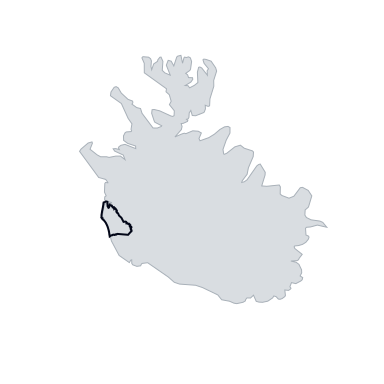 Rangárþing eystra, Suðurland, Iceland shown in context, rotated 55°
{"feature_id": "244011B21062297179388", "entity_name": "Rangárþing eystra", "entity_type": "district", "adm_level": 2, "iso_a3": "ISL", "parent_name": "Iceland", "parent_adm1": "Suðurland", "projection": "orthographic", "projection_center": [-19.715, 63.654], "detail": "fine", "context": "in_parent", "style": "outline", "palette": "ink", "viewbox_px": 384, "rotation_deg": 55, "n_neighbors": 0, "source": "geoboundaries", "source_scale": "gbopen_adm2", "svg_char_len": 7401}
<svg xmlns="http://www.w3.org/2000/svg" viewBox="0 0 384 384"><g transform="rotate(55 192 192)"><path d="M275.7,112.8L278.6,112.9L283.0,110.5L289.2,103.9L291.9,102.3L298.2,101.8L291.0,108.3L288.6,115.0L286.6,118.4L286.8,119.8L292.6,123.3L295.1,121.8L296.3,122.2L297.5,124.0L298.5,127.6L298.3,131.5L297.0,135.4L295.1,138.8L295.5,139.8L297.3,140.2L306.3,137.5L307.7,142.1L308.6,143.6L308.5,145.2L305.3,150.6L309.3,147.0L312.6,145.9L318.6,146.9L321.1,148.5L322.8,151.6L325.6,150.4L327.1,152.1L327.3,154.0L326.6,159.5L323.3,162.5L325.8,166.2L327.6,166.1L328.0,167.0L328.0,169.3L325.5,172.2L330.3,174.8L330.9,175.9L331.0,179.3L330.4,181.4L329.2,182.7L326.0,183.1L324.1,184.6L325.0,186.7L324.9,192.5L322.8,197.5L320.6,200.3L318.4,202.1L311.8,200.8L312.4,204.9L310.3,207.7L310.9,209.8L311.8,210.8L311.6,213.5L309.1,219.4L307.1,221.4L303.0,223.9L297.3,229.5L291.1,229.9L276.3,238.2L270.5,242.5L260.3,255.0L255.8,258.3L248.0,260.2L224.5,268.9L222.0,273.6L221.9,274.6L223.0,276.4L221.3,279.8L217.7,282.3L216.0,282.3L213.0,280.3L212.7,281.3L213.9,283.8L202.2,288.1L185.9,286.1L171.5,280.4L160.1,279.2L152.1,271.0L152.0,269.8L152.8,267.3L155.7,266.4L154.4,263.9L149.5,268.1L148.0,267.9L145.9,266.2L145.9,264.5L141.9,263.8L135.0,258.5L134.6,257.3L136.2,255.7L135.9,255.4L132.2,255.5L126.6,260.1L94.2,260.8L93.2,258.3L92.3,249.0L93.6,245.2L94.9,245.6L98.5,251.0L107.2,248.4L110.8,246.6L114.2,241.7L116.1,240.1L118.9,233.8L121.6,230.0L127.1,228.3L122.3,227.1L114.1,231.9L111.4,231.8L112.7,229.6L115.6,227.2L113.7,227.0L113.0,225.8L113.0,223.4L114.5,219.6L124.2,213.2L122.0,211.8L115.3,216.8L110.5,218.4L106.7,215.9L105.0,212.6L105.2,211.2L107.6,207.2L107.3,206.4L105.7,206.0L101.7,202.1L95.1,202.1L79.0,199.1L66.4,203.6L63.6,201.0L61.6,195.7L62.2,193.7L64.4,192.7L70.4,193.2L79.3,191.3L83.5,188.5L85.0,189.3L85.6,190.8L91.1,188.9L94.1,186.3L98.9,187.8L117.2,187.2L119.7,183.8L120.7,179.6L120.4,178.8L113.6,182.4L112.0,182.2L104.4,179.9L101.7,177.5L102.7,175.7L107.0,171.9L117.6,165.7L119.0,164.5L119.2,162.9L115.3,159.9L107.5,160.4L105.7,157.0L99.3,154.8L95.0,155.8L92.8,153.7L67.0,162.7L59.2,157.3L53.4,156.1L53.0,154.6L56.7,150.2L59.1,149.5L61.4,150.1L65.6,153.6L68.7,154.9L65.1,149.9L65.2,145.3L64.1,144.1L63.2,141.0L63.7,140.0L68.3,140.9L75.3,146.6L78.9,145.9L83.8,142.8L73.4,140.3L70.5,136.0L72.9,134.0L78.3,134.6L72.7,127.1L72.5,125.8L73.7,122.7L81.1,125.9L77.4,121.5L77.3,120.5L78.5,119.8L79.3,117.3L81.2,116.4L84.9,117.5L90.5,122.7L91.2,124.1L91.2,129.1L93.5,128.4L96.3,129.2L98.7,126.0L100.2,126.8L101.3,129.9L100.9,136.5L102.6,134.3L105.3,134.2L106.0,128.8L105.7,124.4L97.0,118.9L93.7,115.1L94.1,113.9L95.9,112.9L105.2,112.4L101.4,110.1L100.5,107.8L93.5,108.3L90.0,107.2L89.9,106.1L91.4,104.5L95.8,101.3L103.9,101.4L107.1,102.5L113.0,110.2L117.9,113.5L126.0,123.9L131.3,128.0L131.5,129.0L130.6,130.1L128.5,131.4L131.6,133.3L133.5,136.0L133.6,137.1L131.6,145.3L129.5,147.9L124.5,146.2L125.6,148.9L129.1,151.7L129.9,153.3L129.3,154.8L131.1,154.4L131.6,155.3L130.7,159.9L129.7,161.6L132.7,162.6L134.8,165.0L137.1,174.4L138.6,167.2L139.4,164.6L140.7,163.6L142.3,156.3L145.8,152.0L149.0,150.5L152.2,155.6L154.6,156.1L157.1,147.1L157.5,140.5L156.8,133.2L157.3,128.0L158.9,124.9L161.0,123.9L165.5,127.1L169.2,134.3L174.9,142.2L178.9,144.2L179.6,144.0L180.2,141.4L179.6,131.0L181.4,125.5L186.1,124.1L193.0,118.9L194.6,118.7L198.1,121.6L204.5,131.9L209.1,136.7L211.6,144.4L212.7,145.8L213.6,143.4L213.6,139.9L207.8,124.0L207.7,121.9L208.2,120.1L217.8,120.7L220.0,122.4L227.0,131.4L230.2,127.5L236.3,116.5L238.5,116.7L244.2,120.9L246.4,120.4L252.7,116.1L253.9,111.0L250.6,100.9L251.6,98.8L257.4,95.9L263.9,96.1L271.1,105.2L271.6,109.6L275.7,112.8Z" fill="#d9dde1" stroke="#a8b0b8" stroke-width="1"/><path d="M183.5,277.2L190.4,268.9L189.5,265.2L189.5,264.2L189.3,263.9L189.2,263.8L189.0,263.7L188.7,263.5L188.5,263.4L188.4,263.4L188.1,263.5L187.9,263.7L187.6,263.6L187.5,263.4L187.3,263.3L187.2,263.3L187.2,263.2L186.9,263.0L186.8,262.9L186.6,262.9L186.4,262.7L186.1,262.6L186.3,262.4L186.4,262.2L186.2,261.9L185.9,261.9L185.9,262.1L185.7,262.2L185.6,262.3L185.5,262.1L185.4,262.2L185.1,262.1L184.9,262.2L184.9,262.3L184.7,262.2L184.6,262.3L184.4,262.6L184.1,262.6L183.9,262.4L183.9,262.2L184.0,262.0L183.9,262.0L183.9,261.9L183.9,261.7L183.7,261.5L183.3,261.6L183.2,261.6L182.8,261.6L182.7,261.7L182.6,261.8L182.4,261.7L182.2,261.8L182.1,262.0L182.0,262.3L181.9,262.4L181.7,262.3L181.4,262.5L181.2,262.7L180.9,262.9L180.8,263.0L180.8,262.9L180.7,263.0L180.4,263.0L180.2,263.0L179.9,263.1L179.7,263.0L179.4,263.2L179.4,263.3L179.2,263.2L178.6,263.1L178.4,263.2L178.2,263.4L178.1,263.5L177.9,263.7L177.2,265.2L172.6,264.6L169.4,265.3L167.1,264.8L166.7,265.0L166.4,265.0L166.2,265.2L166.1,265.3L165.8,265.3L165.7,265.3L165.1,265.2L165.0,265.3L164.9,265.3L164.9,265.2L164.8,264.8L164.7,264.6L164.5,264.4L164.4,264.4L164.2,264.3L163.9,264.2L163.7,264.3L163.4,264.3L163.4,264.2L163.2,264.2L162.9,264.2L162.7,264.2L162.7,264.4L162.6,264.5L162.5,264.4L162.4,264.3L162.2,264.4L161.9,264.3L161.9,264.2L161.7,264.2L161.6,264.3L161.4,264.3L161.2,264.3L161.1,264.5L161.1,264.8L161.1,265.0L160.9,264.8L160.9,264.7L161.0,264.6L160.9,264.6L160.7,264.7L160.7,264.9L160.6,265.0L160.4,264.9L160.3,265.0L160.1,264.9L160.1,265.0L159.8,265.1L159.7,265.1L159.7,265.3L159.4,265.3L159.2,265.4L159.2,265.6L159.3,265.7L159.2,265.8L159.0,265.7L158.8,265.5L158.7,265.5L158.2,265.7L157.9,265.7L157.8,265.8L157.6,265.8L157.5,265.6L157.4,265.5L157.2,265.5L156.8,265.9L156.7,265.7L156.5,265.8L156.4,265.9L156.2,266.0L156.3,266.0L156.2,266.3L156.2,266.5L155.8,266.6L155.8,266.8L155.7,266.9L155.4,266.8L155.5,267.0L155.4,267.1L155.4,267.3L155.5,267.4L155.7,267.9L155.8,267.9L156.4,268.5L156.8,268.5L157.0,268.7L157.1,268.8L157.0,269.5L155.2,269.3L153.1,268.0L152.1,267.2L151.5,266.9L151.3,267.1L150.8,267.5L150.6,267.7L150.5,267.9L150.4,268.0L150.3,268.3L150.3,268.6L150.3,268.8L150.3,269.2L150.3,269.3L150.3,269.5L150.1,269.9L150.1,270.1L149.9,270.4L150.4,271.0L150.6,271.1L150.9,271.4L151.0,271.4L151.4,271.8L153.1,273.5L153.5,273.8L153.6,274.0L153.9,274.2L154.1,274.5L154.3,274.7L154.6,275.0L154.8,275.2L155.0,275.4L155.3,275.7L155.4,275.9L155.7,276.2L156.1,276.6L156.3,276.8L156.8,277.3L157.0,277.4L157.2,277.6L157.4,277.8L157.5,278.0L157.9,278.3L158.2,278.6L158.3,278.7L158.7,279.1L158.9,279.2L159.0,279.4L159.3,279.6L159.5,279.7L159.6,279.8L159.8,279.9L160.0,280.1L160.3,280.3L160.5,280.4L160.9,280.5L161.2,280.6L162.1,280.7L162.2,280.8L162.3,281.0L162.3,280.9L162.2,280.8L162.2,280.7L162.3,280.7L162.5,280.7L162.5,280.8L162.4,280.9L162.5,280.9L162.5,280.7L162.7,280.8L163.3,280.8L163.5,280.8L163.7,280.7L164.2,280.5L164.8,280.4L165.0,280.4L165.5,280.4L166.5,280.3L167.6,280.3L168.6,280.4L169.1,280.5L169.4,280.6L169.6,280.6L170.0,280.6L170.6,280.8L170.8,280.8L171.8,281.0L173.1,281.4L173.6,281.5L174.0,281.7L174.3,281.8L175.4,282.2L175.8,282.3L176.3,282.6L176.6,282.6L176.9,282.8L177.6,283.1L178.1,283.4L178.8,283.7L179.0,283.8L179.4,284.1L179.9,284.3L180.6,284.6L181.2,284.9L181.2,284.1L181.2,283.9L181.2,283.3L181.2,283.1L181.3,282.9L181.4,282.6L181.6,282.4L181.6,282.2L181.7,281.9L181.6,281.7L181.8,281.5L181.8,281.4L181.8,281.2L181.8,280.9L182.1,280.5L182.2,280.3L182.4,280.3L182.7,280.2L182.8,280.0L182.8,279.9L182.9,279.7L183.0,279.5L183.0,279.4L183.0,279.2L183.0,278.8L183.0,278.6L183.3,278.5L183.3,278.3L183.4,278.2L183.3,277.9L183.4,277.7L183.5,277.6L183.5,277.4L183.5,277.2Z" fill="none" stroke="#020617" stroke-width="2"/></g></svg>